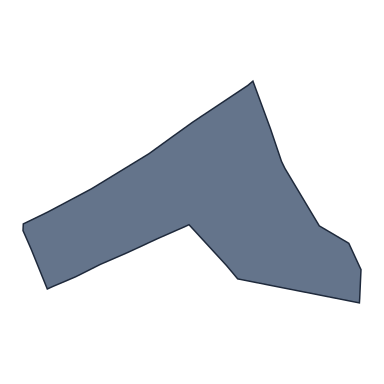 outline of Paulis, Arad, Romania
{"feature_id": "2599482B19247594544458", "entity_name": "Paulis", "entity_type": "district", "adm_level": 2, "iso_a3": "ROU", "parent_name": "Romania", "parent_adm1": "Arad", "projection": "natural_earth1", "projection_center": [21.5, 46.27], "detail": "fine", "context": "isolated", "style": "filled", "palette": "slate", "viewbox_px": 384, "rotation_deg": 0, "n_neighbors": 0, "source": "geoboundaries", "source_scale": "gbopen_adm2", "svg_char_len": 629}
<svg xmlns="http://www.w3.org/2000/svg" viewBox="0 0 384 384"><path d="M359.4,302.9L359.7,298.4L360.0,291.5L361.0,269.6L359.7,266.9L348.8,243.3L319.3,225.9L284.9,168.4L281.5,161.4L270.4,128.6L254.2,84.6L253.1,81.7L252.9,81.1L252.1,81.8L250.6,83.1L249.6,83.9L248.5,84.9L247.7,85.5L231.8,96.1L212.9,108.7L202.0,115.9L192.6,122.2L172.7,136.5L148.8,153.8L91.3,188.9L47.6,212.1L23.3,223.9L23.0,230.6L26.5,238.5L31.3,249.5L37.1,263.8L47.3,289.0L53.0,286.4L75.6,276.8L100.3,264.4L128.1,252.3L156.1,239.3L159.2,237.9L186.0,226.1L189.0,224.7L226.5,265.5L237.7,278.9L359.4,302.9Z" fill="#64748b" stroke="#1e293b" stroke-width="1.5"/></svg>